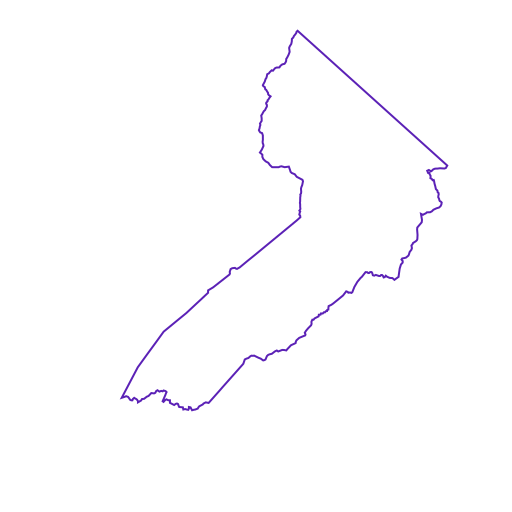 the district of São João da Baliza, Roraima, Brazil, rotated 222°
{"feature_id": "56859067B56754764067741", "entity_name": "São João da Baliza", "entity_type": "district", "adm_level": 2, "iso_a3": "BRA", "parent_name": "Brazil", "parent_adm1": "Roraima", "projection": "natural_earth1", "projection_center": [-59.862, 0.77], "detail": "fine", "context": "isolated", "style": "outline", "palette": "violet", "viewbox_px": 512, "rotation_deg": 222, "n_neighbors": 0, "source": "geoboundaries", "source_scale": "gbopen_adm2", "svg_char_len": 4657}
<svg xmlns="http://www.w3.org/2000/svg" viewBox="0 0 512 512"><g transform="rotate(222 256 256)"><path d="M375.8,451.2L375.9,449.8L375.3,448.6L375.1,447.0L375.0,444.7L374.5,443.4L374.6,441.4L372.9,439.3L371.7,437.2L371.2,434.3L370.6,432.8L367.6,430.2L366.5,427.5L365.6,424.2L365.4,422.7L364.1,421.1L363.6,419.7L363.4,417.9L364.7,416.0L365.1,413.8L364.8,411.8L366.9,409.7L367.5,408.3L367.4,405.0L368.6,404.5L368.8,401.7L368.6,400.4L369.3,398.6L368.1,396.6L367.4,395.1L367.3,393.9L366.2,391.5L365.2,387.5L364.1,387.1L362.6,387.4L361.5,386.7L360.6,386.1L359.5,386.3L358.2,385.8L356.2,385.3L355.3,384.4L354.1,384.1L352.0,384.4L351.8,382.0L351.5,380.7L351.6,379.4L350.9,378.7L351.0,376.9L350.4,376.0L348.9,375.5L347.9,374.3L347.5,372.4L346.9,370.5L347.1,368.9L346.7,367.0L346.3,365.5L346.1,363.9L344.0,362.2L342.2,360.2L342.0,358.8L341.6,357.0L340.4,356.3L339.9,355.0L338.7,353.1L338.1,351.5L336.9,351.0L335.5,350.7L333.7,351.4L331.6,350.2L328.6,346.9L327.5,345.3L326.4,344.3L325.4,343.9L324.1,342.8L322.9,339.1L322.3,335.5L320.3,335.6L319.0,335.5L317.6,333.9L315.3,332.9L312.1,332.8L309.2,333.5L306.6,332.9L303.5,332.8L302.5,333.6L298.6,337.1L298.0,338.5L297.1,339.7L294.1,341.2L291.4,344.4L288.1,342.6L286.7,341.7L285.0,341.6L281.9,342.7L278.7,342.1L272.5,343.7L271.1,343.0L269.1,339.6L268.4,337.6L267.6,336.1L265.3,333.9L264.4,332.6L264.2,331.3L263.3,330.6L262.4,329.2L260.6,327.1L259.5,325.8L258.9,324.8L258.0,324.2L255.8,321.8L254.5,320.7L254.1,318.7L253.0,318.7L252.4,317.3L251.5,315.7L250.3,315.6L249.0,314.5L249.5,309.7L257.6,255.5L259.0,246.8L260.5,236.6L261.5,233.7L262.5,233.2L263.7,233.1L265.5,231.0L266.1,229.3L265.6,228.2L264.9,226.6L263.7,225.6L263.3,224.5L266.9,203.9L268.6,198.4L267.0,196.6L269.6,166.9L271.0,157.9L274.0,138.0L273.2,130.5L272.6,124.9L271.2,111.1L269.4,94.2L260.9,60.8L259.3,63.6L258.7,64.9L256.8,65.7L254.8,65.3L253.4,64.9L252.1,65.3L251.3,66.0L251.8,67.4L251.6,69.1L250.2,69.3L249.2,69.6L248.1,69.6L246.5,69.1L245.8,68.3L244.7,71.7L245.0,73.4L243.6,75.0L243.0,78.4L242.2,80.1L242.1,84.1L239.8,85.7L239.3,87.0L239.8,88.8L239.4,90.3L237.0,90.6L236.2,92.3L234.8,93.0L234.7,94.2L232.8,95.1L231.4,95.0L231.0,93.6L230.4,92.2L228.2,85.6L227.1,85.7L227.1,88.1L226.7,89.5L224.7,90.1L223.4,91.2L221.7,89.3L217.1,90.5L216.7,92.4L216.0,93.5L214.8,93.8L213.5,93.0L212.0,92.4L209.1,94.6L207.3,93.3L206.3,94.8L204.3,95.8L203.4,96.4L203.8,97.8L204.8,98.9L203.4,99.7L202.0,99.2L200.3,98.6L199.2,100.3L198.5,101.1L197.2,103.6L197.5,105.0L197.6,106.3L196.2,110.1L196.3,111.2L195.4,113.6L192.9,115.1L192.9,117.4L193.0,131.3L193.1,136.6L193.3,167.4L195.1,171.6L194.4,173.4L193.4,175.1L193.1,177.8L192.6,179.0L191.4,179.8L190.8,180.7L185.9,182.1L183.8,182.9L180.8,183.2L180.0,184.4L179.7,185.5L180.9,188.9L180.8,190.5L180.2,191.9L178.8,193.9L178.1,197.8L177.3,199.7L175.6,199.9L173.7,203.7L172.3,204.9L170.3,206.1L170.4,207.8L170.3,213.1L168.9,216.3L168.3,217.8L169.2,219.2L169.5,220.5L169.1,224.1L167.1,228.3L166.3,229.9L166.8,230.9L168.4,231.6L168.8,234.0L168.9,237.3L168.7,241.4L169.3,242.8L170.2,243.6L170.9,244.4L171.5,246.4L170.6,247.1L170.7,248.8L170.0,250.7L169.1,253.0L170.0,254.4L168.8,255.6L169.3,256.8L167.9,257.9L167.9,259.6L167.1,260.2L167.2,261.6L166.4,262.6L167.0,263.6L166.4,264.6L167.8,266.3L168.5,267.4L167.4,270.0L166.9,272.1L164.9,284.9L165.1,287.5L165.3,290.1L163.8,290.7L162.8,290.5L161.7,291.8L160.4,292.4L160.2,293.5L162.2,298.9L163.4,304.7L163.6,309.7L163.4,311.4L163.8,317.3L162.4,318.4L161.2,318.4L160.5,319.2L160.4,320.5L159.4,321.4L158.2,321.1L156.3,319.9L155.0,320.5L154.3,322.1L152.7,322.8L151.1,323.5L150.3,324.4L150.3,325.6L149.6,326.2L148.4,326.2L146.8,325.5L146.2,326.4L146.4,328.2L144.7,328.3L142.0,329.2L139.8,330.9L138.7,330.9L137.2,330.9L136.1,335.9L136.9,337.0L140.8,342.8L142.6,346.7L142.6,349.2L143.6,350.4L145.5,350.7L145.7,352.0L144.4,353.7L143.5,355.1L143.0,358.2L143.3,359.3L144.5,361.8L144.7,364.6L145.4,366.2L147.5,367.8L147.6,369.6L148.0,370.7L147.1,373.9L147.0,375.4L147.4,376.5L150.0,379.7L154.0,383.5L155.2,385.1L155.4,391.9L156.8,393.9L161.6,397.7L159.5,398.3L159.0,399.9L158.4,401.2L158.2,402.8L155.9,405.0L155.2,406.9L155.1,409.1L153.8,412.2L152.4,414.5L152.2,416.5L152.7,418.3L153.8,420.0L154.9,420.1L156.2,419.8L157.3,420.3L158.2,421.0L159.9,421.6L160.8,422.8L161.5,424.1L162.6,425.0L163.6,424.9L165.0,426.0L167.1,426.1L169.6,427.9L171.7,429.2L173.9,430.9L174.8,431.4L175.4,430.5L177.1,430.9L178.4,430.5L179.9,432.4L182.1,433.1L182.7,433.9L183.7,432.9L185.8,433.9L185.1,435.6L183.4,435.9L182.4,436.4L182.3,438.7L181.7,440.2L181.0,441.1L179.8,442.2L178.0,444.3L174.5,447.1L173.8,448.4L174.4,451.2L202.7,451.2L234.8,451.2L375.8,451.2Z" fill="none" stroke="#5b21b6" stroke-width="2"/></g></svg>